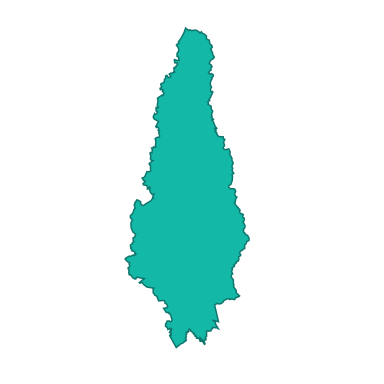 Guachinango, Jalisco, Mexico, rotated 36°
{"feature_id": "50627088B196089850290", "entity_name": "Guachinango", "entity_type": "district", "adm_level": 2, "iso_a3": "MEX", "parent_name": "Mexico", "parent_adm1": "Jalisco", "projection": "albers", "projection_center": [-104.413, 20.697], "detail": "fine", "context": "isolated", "style": "filled", "palette": "teal", "viewbox_px": 384, "rotation_deg": 36, "n_neighbors": 0, "source": "geoboundaries", "source_scale": "gbopen_adm2", "svg_char_len": 6073}
<svg xmlns="http://www.w3.org/2000/svg" viewBox="0 0 384 384"><g transform="rotate(36 192 192)"><path d="M284.8,245.3L281.4,244.3L280.7,242.8L279.0,241.4L277.2,238.8L273.2,237.5L272.7,235.5L273.0,234.3L270.9,233.3L270.2,230.9L269.2,230.4L269.9,226.8L268.8,226.3L269.5,223.5L268.9,222.7L270.0,220.6L269.6,219.1L267.8,216.9L268.6,215.3L268.5,214.2L266.6,213.6L266.1,212.6L266.2,210.6L267.0,209.4L266.9,208.1L267.9,206.8L265.8,204.1L266.1,201.7L265.4,199.8L266.6,197.8L265.3,195.8L262.3,194.4L260.8,194.9L258.7,194.1L257.7,194.3L256.6,193.4L256.5,192.7L255.4,191.9L255.8,190.2L254.8,188.1L250.9,186.2L251.1,184.9L249.8,182.5L248.2,182.6L247.5,182.2L246.8,180.2L245.5,180.1L245.0,180.9L242.7,180.6L241.5,179.0L241.6,178.5L240.6,178.0L238.9,178.0L238.4,177.4L236.6,177.4L232.7,175.8L233.0,174.9L231.5,172.1L231.3,169.7L230.1,169.9L228.3,169.1L227.3,167.8L227.0,165.8L225.8,164.9L224.0,164.7L221.2,166.7L219.5,166.7L218.5,166.1L218.1,165.1L219.0,163.1L217.7,158.8L215.5,155.4L214.0,154.3L214.9,152.4L212.5,151.5L211.4,150.3L211.1,149.0L209.2,147.9L208.3,144.3L205.6,142.9L204.6,141.3L199.9,139.1L199.8,137.8L199.0,136.9L196.4,135.5L194.1,138.3L192.1,138.5L191.1,137.7L191.0,135.2L188.3,133.2L187.6,130.1L186.0,130.4L184.8,129.0L181.4,131.2L180.4,131.4L177.8,130.4L177.1,129.5L175.5,129.7L175.5,128.3L173.7,127.9L173.1,127.2L174.6,126.6L174.7,125.9L172.4,125.4L167.1,122.1L165.7,122.2L166.5,120.5L163.9,120.2L164.0,119.2L162.2,117.8L161.3,114.5L158.7,113.5L157.1,111.4L153.5,111.7L153.3,110.7L151.8,109.6L152.6,107.6L151.2,106.8L151.5,105.5L150.1,98.8L149.6,98.6L148.7,99.5L147.9,99.5L146.6,98.0L146.1,95.6L143.2,94.1L142.0,91.2L141.5,88.1L140.4,87.7L141.2,86.3L140.5,84.7L138.1,84.8L137.0,86.4L135.1,85.7L135.4,84.9L135.0,83.5L135.8,82.5L134.4,80.1L134.6,78.9L132.9,78.0L130.5,78.0L129.8,75.9L129.7,74.3L130.8,71.7L130.8,69.8L127.7,68.4L126.4,66.9L124.0,66.3L123.8,65.2L123.0,64.8L123.3,62.9L121.6,61.7L119.3,61.7L116.8,59.0L114.8,59.6L113.1,59.1L112.1,57.3L109.3,57.0L107.3,57.5L105.4,56.9L105.0,58.7L103.2,58.3L100.0,58.7L96.7,61.7L94.8,62.0L94.2,63.4L90.5,63.1L91.9,67.9L92.8,73.9L92.7,78.4L93.9,79.4L93.1,81.1L93.1,82.4L96.0,83.3L97.9,84.9L98.6,87.1L98.3,88.0L99.3,90.1L100.2,90.5L100.2,91.0L101.6,90.8L104.3,93.1L102.2,94.5L100.1,95.0L100.0,95.5L102.1,97.6L104.6,96.3L105.3,97.4L105.0,98.8L105.5,101.1L104.6,101.5L104.4,102.4L106.1,104.0L106.3,104.7L107.5,105.1L107.3,105.9L106.6,106.0L106.0,107.7L104.7,108.5L104.3,110.1L106.9,110.7L106.8,112.0L105.6,113.3L103.1,112.4L102.5,113.2L102.8,114.3L103.7,115.2L103.6,117.2L104.7,119.0L104.6,120.5L103.3,122.5L103.4,123.2L105.6,125.0L105.8,125.9L105.2,126.9L106.2,127.8L108.3,126.3L108.9,126.9L108.9,127.9L111.6,128.7L111.7,130.8L111.5,131.4L110.8,131.2L108.9,136.4L110.8,138.1L113.1,142.5L115.1,143.3L114.8,144.5L113.3,144.6L113.6,145.4L115.4,147.5L116.1,147.6L116.7,147.1L117.2,148.1L117.4,149.0L116.7,150.8L116.1,151.4L115.8,151.1L116.2,153.4L117.1,154.6L119.3,155.4L118.9,155.1L123.5,154.6L124.2,160.4L125.4,160.7L125.7,159.6L127.6,160.0L128.4,162.0L129.6,161.7L130.1,163.6L133.0,165.7L133.2,166.7L131.4,168.7L130.8,170.4L133.2,172.6L135.2,176.1L136.3,176.7L136.0,177.5L134.3,178.2L134.6,179.3L133.5,180.2L134.7,180.8L136.6,183.6L136.5,184.1L135.2,184.4L135.1,185.2L138.4,188.1L138.6,189.5L140.5,190.3L142.0,189.6L140.6,194.2L141.8,194.9L142.4,194.5L146.3,199.5L145.7,200.5L143.5,202.0L144.7,206.9L144.4,209.1L142.9,210.3L144.3,210.0L145.7,211.1L147.0,211.0L147.2,210.6L148.2,211.2L147.4,213.9L148.5,214.8L151.6,213.3L153.5,214.7L154.1,215.8L154.7,215.2L154.7,213.1L155.3,212.8L156.1,214.9L158.4,216.6L160.5,217.4L162.5,216.0L162.8,219.0L164.6,219.6L163.8,220.6L163.9,223.3L161.2,229.6L161.3,230.4L160.0,232.0L157.6,231.7L156.0,230.0L152.1,230.6L152.2,234.6L152.9,235.1L152.8,236.4L155.6,238.7L155.3,240.0L156.5,243.7L156.1,247.6L157.5,249.1L160.3,249.7L160.5,252.1L161.2,253.5L163.9,256.8L167.7,259.1L171.2,259.2L172.2,262.5L171.3,263.6L172.9,265.8L174.2,266.3L173.6,267.8L174.0,269.5L173.3,270.9L174.5,272.6L175.5,272.5L175.6,273.7L177.7,274.2L177.8,274.9L180.3,274.1L181.6,274.5L181.9,275.5L183.2,275.3L182.8,277.1L181.5,277.5L180.2,280.0L178.8,281.0L177.3,284.3L177.3,285.6L181.0,286.3L183.1,285.7L183.3,287.2L184.8,288.0L185.4,289.2L184.9,290.7L185.2,291.4L187.4,292.7L188.2,294.4L190.0,295.9L191.0,295.0L194.3,296.2L197.0,296.0L197.7,295.1L197.2,294.0L198.5,292.7L201.8,291.5L205.1,289.4L204.2,290.6L202.6,296.3L203.6,296.3L204.5,294.8L205.2,294.6L207.5,295.3L211.4,295.4L217.6,292.3L217.4,293.3L220.2,296.6L221.4,296.6L222.4,297.4L224.7,297.0L226.1,297.5L226.3,298.1L229.0,299.7L232.7,296.5L233.9,296.2L235.4,297.8L237.6,297.5L239.9,299.4L239.7,300.3L237.4,302.8L241.8,304.5L244.2,303.5L245.0,304.2L244.6,303.4L247.0,304.1L251.2,307.3L251.4,308.8L250.8,309.7L249.7,309.5L247.7,311.1L248.3,312.7L248.0,313.8L249.5,316.2L251.8,316.2L253.3,317.4L254.0,315.7L254.5,315.9L255.2,314.5L255.8,314.6L256.6,316.0L255.8,316.7L255.9,317.3L256.7,317.1L257.3,317.6L256.5,318.8L258.1,318.8L259.0,319.4L259.3,320.3L258.3,320.3L258.3,321.3L270.7,327.1L272.1,321.6L273.5,319.3L273.9,316.9L274.5,316.5L274.4,315.1L273.6,315.1L273.4,314.3L272.5,313.8L272.6,312.6L271.3,311.4L271.3,310.1L269.9,309.0L270.4,308.6L270.3,307.6L271.1,307.7L271.4,306.5L270.5,305.8L270.3,304.5L272.2,304.5L272.7,305.2L275.7,305.1L276.2,305.7L276.8,305.2L277.1,306.0L278.1,305.9L279.2,306.8L279.7,306.0L280.3,306.8L281.1,306.7L281.7,307.6L283.7,306.3L283.9,305.1L285.2,305.6L284.9,307.1L286.4,308.0L287.1,307.2L285.7,306.6L285.8,305.5L287.4,305.8L287.6,307.1L288.7,306.7L291.6,307.9L291.8,307.2L289.0,305.3L288.9,304.8L289.6,304.4L289.3,303.2L289.9,303.0L288.3,301.5L288.6,300.1L285.5,295.9L285.9,295.2L287.2,294.9L288.9,293.2L288.4,290.7L288.9,290.4L288.4,289.6L288.9,288.9L290.8,288.1L291.0,287.5L293.5,287.1L289.3,285.3L286.9,283.4L283.7,283.6L289.7,281.4L276.7,270.1L277.8,267.4L279.7,266.7L281.3,264.9L281.8,262.8L281.7,260.5L283.9,257.0L285.0,256.5L285.5,256.9L287.4,255.0L289.7,254.0L289.6,251.7L291.5,249.0L291.5,248.5L291.1,248.7L291.4,248.1L287.6,247.6L286.2,247.0L285.9,245.9L284.8,245.3Z" fill="#14b8a6" stroke="#0f766e" stroke-width="1.5"/></g></svg>